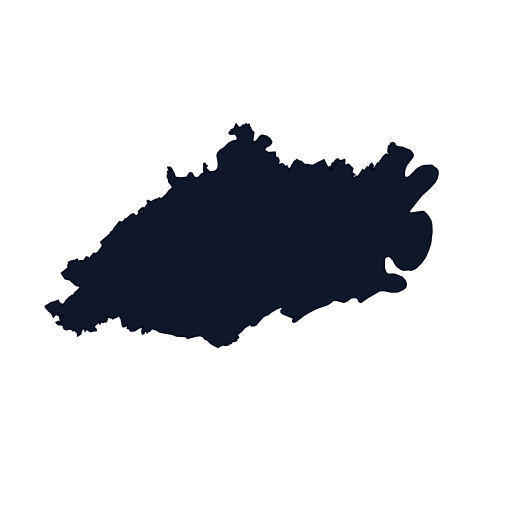 outline of Meherpur, Khulna, Bangladesh, rotated 47°
{"feature_id": "16705992B11914188004823", "entity_name": "Meherpur", "entity_type": "district", "adm_level": 2, "iso_a3": "BGD", "parent_name": "Bangladesh", "parent_adm1": "Khulna", "projection": "equal_earth", "projection_center": [88.762, 23.788], "detail": "fine", "context": "isolated", "style": "filled", "palette": "ink", "viewbox_px": 512, "rotation_deg": 47, "n_neighbors": 0, "source": "geoboundaries", "source_scale": "gbopen_adm2", "svg_char_len": 6111}
<svg xmlns="http://www.w3.org/2000/svg" viewBox="0 0 512 512"><g transform="rotate(47 256 256)"><path d="M361.5,210.9L362.6,202.6L365.7,189.4L368.2,186.2L375.0,181.3L378.9,176.7L380.7,171.4L381.0,168.0L378.5,164.6L378.6,165.0L375.7,163.7L371.4,163.6L364.8,166.5L362.4,168.5L359.8,171.7L356.8,172.4L352.0,170.3L345.6,164.0L345.3,161.7L346.4,159.3L348.4,158.3L351.6,158.6L351.9,158.1L356.4,159.6L360.0,160.0L364.8,159.0L367.2,157.5L370.7,153.1L372.0,152.6L373.6,148.9L373.9,146.5L373.7,139.8L372.3,132.9L368.9,125.2L365.6,119.4L357.9,110.4L352.5,105.9L349.0,103.9L343.3,102.8L338.0,103.1L336.9,104.0L330.5,113.2L329.0,114.2L327.5,113.2L324.6,93.6L324.7,82.5L324.0,74.4L322.5,70.3L320.1,66.9L318.5,65.4L316.3,64.5L309.6,65.5L304.5,71.5L303.2,74.1L302.2,78.6L302.6,89.5L301.9,91.8L300.4,93.3L298.5,92.9L295.3,89.7L293.4,86.8L292.1,83.6L290.7,74.8L289.9,72.7L288.8,71.8L285.0,71.2L282.7,71.7L278.9,73.8L277.5,74.0L272.5,78.1L269.6,78.7L268.4,77.8L266.3,78.6L265.5,80.5L266.2,81.7L267.1,81.6L267.3,82.7L266.7,82.1L266.0,83.8L269.1,87.8L270.3,88.5L270.5,87.5L271.2,87.3L272.9,90.2L272.4,90.7L271.8,90.1L270.1,91.7L270.2,96.0L270.9,97.9L271.6,98.2L270.9,99.6L272.2,102.6L271.1,103.2L271.2,104.3L273.4,112.0L272.8,112.3L272.5,110.5L271.2,111.4L270.6,109.4L269.4,108.5L267.2,108.2L267.1,110.4L268.9,112.7L266.7,113.7L267.7,118.8L265.6,119.0L267.6,127.3L266.1,128.1L266.1,131.0L263.1,130.9L263.9,128.3L259.6,129.1L259.7,128.2L258.1,125.6L252.0,125.8L250.5,129.5L247.7,127.4L246.5,125.6L245.5,125.6L245.0,127.7L243.1,130.2L241.3,129.7L240.3,131.0L240.4,134.0L242.0,133.8L241.7,135.6L243.5,134.9L243.8,135.5L240.9,135.7L240.1,136.7L241.8,139.9L242.4,138.6L242.8,142.0L243.6,140.0L244.8,139.8L244.7,141.6L243.8,143.0L243.2,142.4L242.1,142.7L241.2,141.1L240.7,141.7L240.9,143.4L231.9,140.7L228.7,152.2L227.5,153.7L223.9,156.2L222.7,158.0L217.5,158.5L215.4,160.1L213.5,160.1L213.0,163.7L216.0,173.3L214.3,172.4L213.4,172.8L211.0,172.0L210.8,174.1L208.1,173.5L206.2,174.0L205.7,175.4L206.2,176.4L205.8,177.4L202.4,175.5L202.4,174.4L199.5,173.0L196.7,174.1L193.1,171.2L188.7,176.6L184.4,177.7L183.0,175.0L184.3,170.7L184.0,167.8L182.9,166.5L179.5,165.8L175.5,166.7L171.8,169.1L171.2,171.4L172.2,177.5L171.1,179.9L169.1,179.5L164.0,173.3L160.6,173.7L158.5,172.4L156.9,172.5L155.2,171.2L154.4,171.9L154.2,173.4L152.5,173.1L152.4,174.5L153.3,175.8L153.0,176.7L152.3,176.0L151.3,176.3L152.0,177.7L151.3,178.5L151.4,180.4L148.8,180.9L145.9,180.5L147.9,185.3L146.8,188.1L147.6,189.5L147.2,191.1L148.0,192.0L149.2,191.8L150.7,190.3L151.6,188.5L153.6,188.0L156.7,188.8L158.0,190.3L158.3,191.6L156.0,194.8L154.9,199.3L155.2,205.2L154.2,210.2L154.8,214.0L156.0,216.0L162.2,220.0L165.4,223.1L166.2,225.6L166.2,227.3L165.4,229.4L163.6,231.6L163.4,233.3L162.7,233.5L162.1,232.5L160.9,233.1L160.2,234.9L160.1,232.6L157.1,233.0L156.7,230.2L155.2,230.8L153.3,230.1L153.0,231.5L154.5,232.7L154.1,231.0L155.3,231.0L155.2,233.3L158.1,236.2L159.4,235.9L159.4,237.4L159.8,237.7L161.2,237.6L161.7,238.5L161.3,239.1L159.2,239.1L158.8,239.7L159.4,244.1L158.2,246.5L155.7,247.5L151.8,246.4L150.4,247.0L150.1,249.0L151.4,252.7L147.5,258.0L144.0,260.9L142.9,261.2L139.6,259.6L133.8,258.1L132.1,258.6L131.0,260.0L133.0,260.7L134.8,260.3L133.9,263.0L136.4,264.6L136.6,265.8L138.0,267.1L140.6,267.6L141.2,268.5L143.1,269.4L145.8,269.2L146.4,269.8L148.5,269.3L149.2,271.5L148.9,274.9L149.9,279.6L149.7,286.9L147.7,286.9L147.3,289.2L146.3,290.5L145.0,295.4L143.9,296.5L141.9,296.9L141.6,298.1L143.0,298.5L143.7,297.4L145.1,305.5L143.5,305.7L143.0,308.4L143.3,311.5L145.1,311.5L144.6,307.0L145.8,306.9L146.7,308.2L146.8,312.3L144.6,312.3L145.6,315.0L145.0,316.5L141.5,316.9L140.6,319.3L140.6,326.7L139.7,326.4L139.7,326.9L140.2,328.5L140.1,330.9L137.8,332.6L139.1,340.8L140.0,343.5L139.6,346.1L140.4,347.7L139.9,360.0L144.0,361.1L145.5,369.4L144.9,371.7L143.5,372.6L143.7,376.1L144.7,379.9L142.5,379.8L141.0,380.7L142.0,385.4L139.5,387.8L138.9,389.8L136.3,389.0L135.4,393.1L134.6,392.8L133.4,395.1L132.8,397.7L134.2,398.1L134.5,400.0L136.6,401.4L135.8,410.0L142.6,411.1L146.4,408.4L153.6,407.9L155.6,407.2L157.3,405.8L159.8,406.2L159.3,408.4L159.6,410.4L159.3,413.3L160.2,415.9L159.1,418.0L160.7,418.9L158.9,419.9L159.1,425.6L159.8,427.7L159.9,430.6L156.3,431.7L153.4,431.0L152.3,434.3L150.3,437.8L149.7,442.2L149.1,443.2L149.4,444.8L154.7,445.1L158.8,444.6L162.4,445.8L162.2,442.4L163.0,441.4L164.1,441.3L169.3,437.2L169.6,437.6L165.7,440.8L170.0,443.1L170.9,442.7L171.3,444.7L170.9,445.9L170.1,444.8L169.2,444.9L168.3,447.5L171.6,447.4L173.2,445.4L175.1,444.4L178.4,446.0L180.6,445.1L181.8,442.5L183.7,440.7L185.6,441.1L187.3,438.6L188.7,439.4L189.8,438.4L192.8,440.9L193.5,437.3L192.1,435.6L191.0,432.8L192.8,430.7L194.2,432.1L194.1,429.8L198.0,428.8L199.5,427.2L199.8,425.3L201.5,424.2L201.3,423.4L200.4,422.9L197.0,422.9L197.1,416.6L197.7,416.0L199.2,416.5L199.1,415.8L198.0,415.2L198.1,414.5L200.5,412.9L200.9,411.0L201.9,410.7L201.0,408.0L198.7,407.8L200.7,405.4L200.5,405.0L200.9,404.5L202.0,404.5L203.0,403.4L204.1,403.8L205.8,399.0L205.8,396.5L210.2,397.6L216.5,401.5L217.4,401.3L219.1,397.1L221.2,399.4L223.3,398.2L225.4,398.9L227.8,395.9L228.8,390.8L230.4,387.1L231.0,387.1L232.1,389.4L234.1,391.5L235.8,392.1L236.2,390.6L235.3,389.9L235.2,388.8L235.8,387.5L237.7,388.0L237.4,387.3L238.4,385.3L238.0,381.9L238.3,381.4L243.0,378.9L246.0,378.2L256.5,370.4L260.6,368.5L266.9,362.3L269.5,362.3L273.7,354.5L276.0,351.2L279.0,349.6L281.7,350.1L284.1,348.9L289.7,348.6L296.7,346.2L298.4,340.6L300.5,339.4L302.3,336.4L301.5,335.1L302.9,334.2L302.4,331.6L304.6,328.3L304.5,327.5L303.1,327.0L303.9,325.2L303.5,324.2L300.7,323.8L301.2,317.8L300.6,312.8L302.0,306.8L304.3,306.8L305.1,305.2L305.7,305.1L306.4,302.9L305.3,292.9L305.9,289.5L307.1,287.3L307.2,283.9L308.3,279.0L307.9,277.2L308.8,276.9L310.4,272.6L311.4,272.0L312.9,272.5L312.9,274.8L314.4,276.1L316.8,275.7L327.1,271.0L328.8,273.8L330.1,273.7L331.0,272.1L332.2,260.5L334.4,251.4L335.9,246.7L340.0,237.7L340.9,234.0L341.1,229.6L342.7,227.7L349.8,223.3L350.9,220.3L351.5,214.8L353.9,211.7L355.8,210.7L358.3,210.7L359.5,211.8L361.5,210.9Z" fill="#0f172a" stroke="#020617" stroke-width="1.5"/></g></svg>